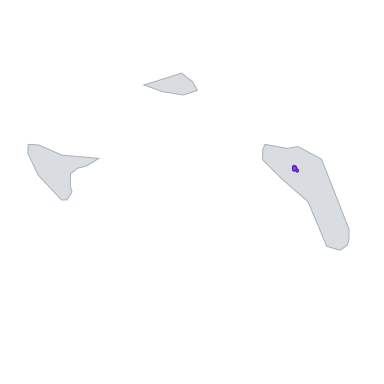 Kartala, Andjazîdja, Comoros (highlighted), rotated 154°
{"feature_id": "10938185B58200193875213", "entity_name": "Kartala", "entity_type": "district", "adm_level": 2, "iso_a3": "COM", "parent_name": "Comoros", "parent_adm1": "Andjazîdja", "projection": "natural_earth1", "projection_center": [43.364, -11.764], "detail": "fine", "context": "in_parent", "style": "filled", "palette": "violet", "viewbox_px": 384, "rotation_deg": 154, "n_neighbors": 0, "source": "geoboundaries", "source_scale": "gbopen_adm2", "svg_char_len": 1675}
<svg xmlns="http://www.w3.org/2000/svg" viewBox="0 0 384 384"><g transform="rotate(154 192 192)"><path d="M109.4,199.7L105.5,202.8L87.2,189.4L76.7,186.3L61.2,164.6L67.2,89.6L72.1,80.0L75.8,76.1L84.4,74.7L94.7,84.1L92.0,132.3L105.7,164.8L114.5,190.5L109.4,199.7ZM312.7,242.0L322.8,274.4L322.6,298.8L318.3,306.6L309.3,301.6L292.7,282.1L261.1,263.1L275.6,261.6L284.1,263.5L293.1,261.8L298.7,251.1L299.8,244.7L307.7,239.7L312.7,242.0ZM174.3,295.0L188.4,309.3L149.2,303.4L143.0,290.4L142.7,280.9L157.3,283.0L174.3,295.0Z" fill="#d9dde1" stroke="#a8b0b8" stroke-width="1"/><path d="M88.7,171.0L88.8,171.1L89.0,171.1L89.3,171.1L89.5,171.1L89.8,170.9L90.1,170.9L90.3,170.8L90.3,170.7L90.5,170.4L90.6,170.1L90.6,169.8L90.6,169.6L90.6,169.4L90.8,169.2L91.0,169.2L91.3,168.8L91.4,168.7L91.4,168.4L91.5,168.3L91.5,168.2L91.6,167.9L91.7,167.6L91.8,167.4L91.8,167.2L91.7,167.1L91.6,166.8L91.6,166.7L91.4,166.4L91.2,166.2L90.9,166.1L90.6,166.0L90.4,166.0L90.1,166.1L89.9,166.2L89.8,166.4L89.7,166.4L89.5,166.2L89.4,166.1L89.3,165.9L89.3,165.7L89.4,165.3L89.3,165.2L89.2,164.9L89.1,164.7L89.1,164.4L88.9,164.2L88.6,164.0L88.5,163.9L88.4,163.9L88.2,163.8L87.9,163.8L87.7,163.9L87.6,164.0L87.4,164.3L87.3,164.5L87.2,164.7L87.2,164.8L87.0,165.0L86.9,165.2L86.9,165.3L87.0,165.4L87.0,165.5L87.0,165.8L87.2,166.0L87.3,166.1L87.5,166.3L87.6,166.5L87.6,166.8L87.8,167.0L87.9,167.3L87.8,167.5L87.7,167.6L87.4,167.6L87.4,167.8L87.4,168.0L87.4,168.3L87.4,168.5L87.5,168.7L87.5,168.8L87.6,169.0L87.4,169.1L87.3,169.3L87.4,169.5L87.5,169.7L87.5,169.8L87.6,170.0L87.8,170.1L87.9,170.3L88.0,170.3L88.3,170.5L88.5,170.5L88.6,170.8L88.7,171.0Z" fill="#8b5cf6" stroke="#5b21b6" stroke-width="1.5"/></g></svg>